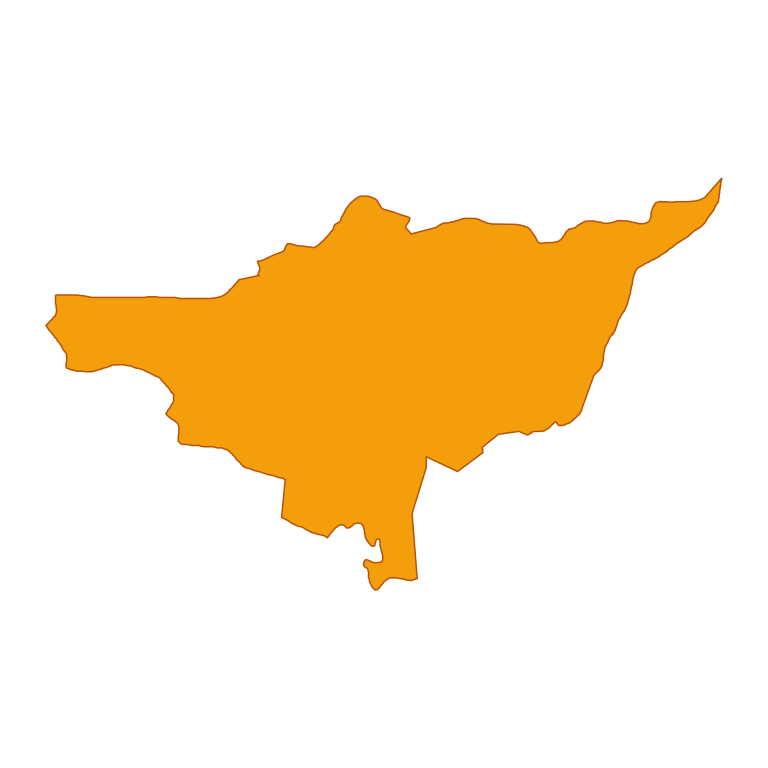 Tibas, San José, Costa Rica (orthographic projection)
{"feature_id": "36466004B13959019821859", "entity_name": "Tibas", "entity_type": "district", "adm_level": 2, "iso_a3": "CRI", "parent_name": "Costa Rica", "parent_adm1": "San José", "projection": "orthographic", "projection_center": [-84.08, 9.956], "detail": "fine", "context": "isolated", "style": "filled", "palette": "amber", "viewbox_px": 768, "rotation_deg": 0, "n_neighbors": 0, "source": "geoboundaries", "source_scale": "gbopen_adm2", "svg_char_len": 6089}
<svg xmlns="http://www.w3.org/2000/svg" viewBox="0 0 768 768"><path d="M581.5,409.7L593.9,375.3L600.2,369.0L601.0,367.3L602.2,365.8L602.2,363.4L603.3,360.1L603.4,355.4L604.0,352.1L604.5,351.0L604.8,347.6L608.2,341.4L609.3,338.1L611.2,335.6L612.8,334.5L612.8,333.4L613.8,332.9L614.6,330.9L615.2,330.3L615.2,329.1L615.8,328.5L615.9,327.5L616.8,325.8L616.9,324.7L618.7,319.2L620.1,317.8L621.4,314.8L624.5,310.5L626.3,306.4L627.5,303.4L627.9,301.2L628.7,299.5L628.7,298.3L629.5,295.4L630.5,293.5L630.5,291.2L631.1,289.0L631.2,286.7L632.1,285.0L632.9,278.2L633.5,277.6L633.7,275.3L635.1,272.7L635.2,271.6L636.9,269.1L639.5,266.7L640.6,266.6L641.4,265.8L643.6,264.8L644.4,264.0L649.7,261.5L651.7,260.2L653.9,259.6L655.7,258.2L659.0,256.8L660.5,255.2L666.6,251.6L669.9,248.5L672.0,247.6L674.3,245.4L676.8,243.6L688.4,236.2L689.6,234.7L690.6,234.2L694.5,230.6L695.6,230.4L696.2,229.4L697.3,229.1L697.8,228.3L699.0,228.3L703.5,224.4L705.7,221.6L707.8,217.8L713.2,210.8L714.2,209.1L714.9,207.1L718.5,201.5L718.5,199.2L719.0,198.2L719.1,194.7L719.7,192.6L719.7,190.2L720.8,184.6L720.8,182.2L721.9,178.0L704.7,197.6L700.0,199.8L695.6,201.0L688.1,201.7L675.3,201.7L673.9,202.1L668.6,202.1L666.3,201.8L661.8,201.7L659.9,201.4L655.7,202.8L652.9,207.1L651.0,213.4L651.0,216.4L649.9,219.9L649.1,221.1L647.3,222.5L643.9,223.7L639.3,223.7L627.6,221.0L617.9,220.6L612.2,222.5L607.8,223.3L604.1,223.3L600.5,222.2L596.8,221.8L593.9,221.0L587.9,221.0L585.0,221.4L579.0,224.6L574.9,227.8L570.7,228.9L569.2,229.0L566.1,231.9L563.1,236.9L561.3,239.3L557.7,241.6L552.6,242.6L545.8,242.6L542.3,243.3L540.0,243.3L537.8,241.9L535.5,237.4L530.1,229.4L528.1,227.8L525.5,226.5L520.7,225.2L516.3,224.4L492.1,224.0L486.4,222.9L485.3,222.1L481.8,221.0L479.8,220.0L479.4,219.5L475.2,218.4L463.9,218.4L461.9,219.1L461.2,219.1L460.0,219.9L455.7,220.9L454.4,221.7L452.1,221.8L447.8,222.9L443.3,223.1L438.8,225.5L436.3,227.4L411.0,234.0L409.1,231.2L405.7,228.0L405.9,225.6L407.9,223.0L409.5,220.1L409.8,218.3L409.4,217.6L408.1,217.0L397.6,213.7L393.6,212.0L383.4,209.3L381.3,207.7L376.7,200.0L375.7,199.5L375.1,198.8L372.1,197.5L368.1,196.3L360.9,196.1L358.6,196.9L356.6,198.1L350.5,203.1L346.4,208.3L342.6,215.6L341.5,217.2L340.4,220.7L339.0,222.5L337.7,222.9L334.9,224.5L334.1,226.1L333.5,228.4L332.5,230.2L330.7,231.9L329.5,233.8L322.8,241.2L321.0,242.5L317.9,245.5L314.3,247.5L312.9,247.5L305.2,246.4L296.6,245.6L290.4,243.7L288.0,243.7L287.1,244.0L284.9,248.3L284.2,250.4L282.7,251.6L273.7,255.0L262.3,260.3L259.1,261.1L257.6,261.1L257.7,262.4L259.9,268.1L259.5,270.5L258.6,272.2L257.9,274.4L257.9,275.4L258.4,275.6L239.1,279.7L232.2,287.7L229.5,290.0L229.0,291.0L227.3,292.7L224.5,294.8L220.5,296.8L219.4,296.8L218.8,297.4L216.4,297.5L215.4,298.0L213.0,298.0L210.7,298.5L180.0,298.5L179.0,298.0L176.6,298.0L175.6,297.5L174.4,297.4L159.1,297.4L156.8,296.8L147.4,296.8L145.2,297.4L92.0,297.4L83.0,295.7L78.4,295.4L77.4,295.0L56.1,295.0L55.5,295.6L55.5,303.8L56.1,304.9L56.1,307.2L56.7,309.4L56.1,314.0L55.5,314.5L55.5,315.7L53.8,316.8L51.9,319.3L46.1,325.3L48.9,330.0L49.9,330.7L51.2,332.6L52.0,333.1L52.3,334.0L54.3,336.3L54.7,337.3L55.5,337.8L57.3,339.9L57.3,341.1L59.2,342.4L63.7,350.3L66.6,353.9L66.7,361.0L66.1,363.2L66.1,366.7L66.4,367.8L67.4,368.4L71.7,370.0L74.1,370.1L75.7,371.1L82.8,371.2L85.1,371.7L92.2,371.7L95.4,370.6L96.6,370.6L99.3,369.4L100.5,369.4L101.5,368.9L102.6,368.8L103.2,368.2L104.3,367.9L106.5,367.5L108.5,366.5L109.7,366.4L112.6,364.9L123.1,364.7L127.6,365.7L131.1,365.9L133.0,367.0L136.3,368.2L137.5,368.2L140.9,369.1L144.1,370.3L145.1,371.0L146.2,371.2L147.7,372.3L148.8,372.4L151.4,373.8L152.3,374.6L153.4,374.7L154.3,375.2L155.0,376.0L157.3,376.6L159.3,377.6L160.7,379.0L161.2,380.0L163.0,381.7L163.4,382.6L165.3,384.1L166.5,385.9L168.9,388.3L171.2,392.3L172.2,392.4L172.4,393.4L173.3,393.9L173.6,394.9L173.6,400.9L172.4,403.9L171.6,404.4L170.7,406.5L167.4,411.0L167.1,412.1L165.9,413.6L167.2,415.5L170.8,418.5L174.9,420.9L175.6,421.8L177.7,423.5L178.1,424.3L178.9,427.5L178.9,433.4L178.3,435.5L178.3,441.4L180.1,442.9L180.7,443.8L182.8,444.4L186.3,444.4L192.0,445.5L199.1,445.5L200.1,446.0L203.4,446.7L212.9,446.7L217.3,447.9L222.0,447.9L224.1,449.0L227.3,449.8L228.0,450.6L229.0,451.1L230.6,452.8L232.4,454.2L233.4,455.8L234.4,456.2L236.2,459.1L237.8,460.8L238.9,461.4L242.8,466.2L243.9,466.3L244.4,467.4L245.6,467.4L247.7,468.3L249.9,468.6L253.1,470.2L258.8,471.6L268.9,474.8L273.6,475.6L277.9,477.4L282.4,478.2L284.5,479.2L285.2,479.8L281.6,517.4L287.7,520.4L292.2,523.6L293.5,524.0L294.8,524.9L296.5,525.6L299.8,526.6L300.7,526.6L303.3,527.7L306.7,529.9L310.9,532.0L311.1,532.4L314.8,533.2L317.4,534.3L318.4,534.3L324.4,535.8L326.0,536.9L327.3,537.2L327.5,537.6L328.7,536.3L329.5,534.6L332.5,531.5L335.3,528.0L338.9,525.5L341.2,524.7L342.6,524.7L344.7,525.8L346.1,527.6L346.9,528.0L348.3,528.0L350.5,527.1L353.0,525.1L353.7,524.2L354.9,523.7L356.8,523.2L360.7,523.2L363.6,526.6L363.7,528.1L364.3,529.9L364.6,533.7L365.1,534.5L365.5,537.7L367.0,540.6L367.4,540.8L367.5,541.3L370.4,545.0L371.8,546.2L374.6,546.0L376.2,539.9L377.7,538.9L379.1,539.0L380.0,541.1L380.0,545.9L381.3,549.9L381.3,551.3L381.7,551.7L382.0,553.3L382.7,555.0L382.7,559.9L381.7,561.6L380.1,562.3L378.3,562.6L373.4,562.6L367.7,560.0L365.8,559.7L364.1,561.4L363.8,563.6L363.4,564.2L364.1,566.3L365.5,567.4L366.8,568.0L367.6,568.9L368.2,570.6L368.2,571.6L368.7,572.3L368.4,577.1L369.1,578.7L369.6,582.0L372.4,587.4L374.9,589.9L375.3,590.0L377.1,589.7L379.4,587.9L380.9,585.5L382.0,584.6L383.7,582.2L386.5,579.8L389.3,578.1L390.2,577.9L397.0,577.9L401.1,578.8L402.5,578.8L406.4,580.0L410.1,580.5L411.5,580.5L417.2,578.5L412.1,513.4L426.3,467.4L426.3,456.8L457.6,471.5L482.9,452.6L482.3,447.3L498.3,434.3L518.9,431.4L527.1,434.9L528.3,434.7L530.2,433.4L531.3,433.1L531.3,432.0L532.5,432.0L534.6,431.4L541.7,431.4L544.9,430.6L545.6,429.8L548.7,428.2L554.6,422.3L555.6,421.9L556.6,422.4L558.0,424.9L559.1,425.5L562.6,425.5L564.8,424.9L566.7,423.7L567.9,423.7L570.5,422.3L572.2,420.6L573.2,420.2L573.6,419.2L574.6,418.8L580.0,413.4L580.9,411.5L581.5,410.9L581.5,409.7Z" fill="#f59e0b" stroke="#b45309" stroke-width="1.5"/></svg>